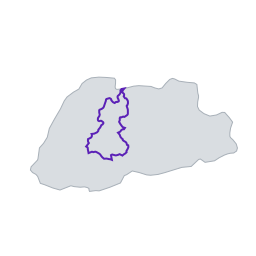 Wangdi Phodrang on a map of Bhutan (Albers equal-area conic projection), rotated 349°
{"feature_id": "BTN-2487", "entity_name": "Wangdi Phodrang", "entity_type": "District", "adm_level": 1, "iso_a3": "BTN", "parent_name": "Bhutan", "parent_adm1": "", "projection": "albers", "projection_center": [90.204, 27.588], "detail": "fine", "context": "in_parent", "style": "outline", "palette": "violet", "viewbox_px": 256, "rotation_deg": 349, "n_neighbors": 0, "source": "natural_earth", "source_scale": "10m", "svg_char_len": 4186}
<svg xmlns="http://www.w3.org/2000/svg" viewBox="0 0 256 256"><g transform="rotate(349 128 128)"><path d="M203.4,109.8L203.1,111.4L201.4,115.6L200.3,120.2L201.3,124.0L205.3,128.4L210.6,131.9L217.3,132.1L223.4,130.6L225.9,131.2L229.4,137.1L231.8,142.2L228.7,147.6L227.0,152.3L226.4,155.6L226.8,157.0L228.8,159.7L231.2,164.3L231.6,168.5L230.2,171.3L227.0,172.7L223.6,172.3L220.8,172.4L217.3,173.0L211.8,174.6L206.7,176.7L197.1,176.4L193.2,172.3L191.4,172.3L182.7,177.8L173.2,176.9L155.8,178.8L148.6,179.3L141.2,178.7L137.4,177.6L130.4,173.8L124.0,171.0L117.6,173.6L115.3,174.0L110.1,180.5L98.9,182.7L87.7,184.2L84.4,183.3L78.1,182.9L77.9,181.4L78.1,179.9L76.7,178.7L74.1,177.5L69.7,177.0L64.1,175.3L60.9,173.8L49.4,175.9L42.7,172.5L35.2,167.7L31.4,165.6L30.1,158.3L28.8,156.0L25.8,153.5L24.2,150.6L25.5,147.6L33.1,142.2L33.8,140.9L37.3,130.6L42.2,126.9L47.0,121.7L50.7,113.4L57.7,105.0L65.4,96.3L70.6,89.2L74.1,85.9L81.3,82.4L87.2,80.4L91.4,75.6L96.4,73.0L101.5,71.8L109.1,72.5L116.2,74.2L124.1,76.5L125.0,78.4L124.3,81.8L123.2,85.2L123.2,87.0L124.4,88.0L132.0,88.6L141.4,88.0L146.7,88.5L158.5,91.6L162.0,93.8L165.6,95.5L169.1,95.2L173.5,91.5L178.2,88.3L181.1,87.8L183.2,88.8L186.9,91.7L194.7,94.4L201.7,96.4L203.9,98.4L203.2,107.0L203.4,109.8Z" fill="#d9dde1" stroke="#a8b0b8" stroke-width="1"/><path d="M111.4,152.6L110.5,152.5L107.4,151.0L106.1,151.4L106.1,156.2L104.5,155.2L103.6,155.0L101.1,153.9L98.6,153.6L97.1,151.7L96.3,150.2L96.0,149.4L95.8,149.0L95.4,148.3L94.8,147.6L93.5,146.5L92.7,145.8L91.8,145.2L91.3,145.0L89.4,145.1L88.1,144.4L84.5,145.1L84.5,140.9L84.7,140.1L84.6,139.4L84.5,139.2L84.3,139.1L83.9,138.7L83.4,138.2L86.7,135.3L86.2,133.9L86.3,132.5L86.6,131.3L89.8,130.4L90.8,129.5L91.1,128.6L91.2,127.9L91.2,127.5L91.1,126.9L93.7,127.1L93.8,127.1L96.9,126.3L98.3,125.1L98.6,124.0L100.8,122.2L102.4,120.1L103.8,119.6L104.7,118.7L104.8,118.3L104.8,117.8L104.6,117.4L104.1,116.9L103.6,116.3L103.2,115.9L102.7,115.7L102.3,115.7L101.5,115.8L101.0,115.8L100.6,115.5L100.1,115.0L100.0,114.3L100.1,113.5L100.3,113.0L100.4,112.6L100.6,112.3L101.6,111.3L102.2,110.7L102.8,109.5L102.7,107.4L103.1,105.2L103.3,104.9L103.5,104.7L103.8,104.7L104.1,104.6L104.4,104.5L105.7,104.3L106.3,104.0L107.6,103.4L108.1,102.8L108.5,102.3L108.8,101.7L111.4,97.2L111.8,96.0L112.1,95.7L112.4,95.4L112.7,95.4L114.7,95.2L115.7,95.2L116.7,96.1L116.9,96.5L117.0,96.8L116.9,97.0L116.9,97.4L117.0,97.8L118.2,99.8L119.1,100.5L119.6,100.9L120.0,100.8L120.3,100.6L120.7,100.3L121.0,100.2L121.4,100.1L122.3,100.4L122.6,100.4L123.0,100.3L123.7,100.2L124.0,100.0L124.2,99.6L124.2,99.2L124.1,98.8L124.1,98.1L124.0,97.8L123.9,97.4L123.7,97.1L123.7,96.8L123.7,96.3L123.6,95.9L123.7,95.3L124.1,94.6L126.0,93.5L126.6,92.9L127.3,91.9L127.6,91.0L127.8,89.6L128.7,88.9L129.1,88.5L131.9,88.5L130.0,90.1L129.1,91.8L130.4,93.5L130.6,94.0L130.6,94.5L130.4,95.2L130.2,95.5L130.1,95.8L129.9,95.9L129.8,96.1L129.9,96.4L130.1,96.6L130.2,97.0L130.4,97.5L130.6,97.9L130.7,98.2L130.9,98.3L131.6,98.5L131.8,98.6L132.0,98.7L132.2,99.0L132.3,99.3L132.4,99.8L132.5,100.1L132.7,100.3L132.8,100.6L132.9,101.0L133.0,101.7L132.7,103.7L132.0,105.0L131.6,105.6L131.3,105.8L131.1,105.8L130.9,106.1L130.9,106.4L131.3,109.2L131.3,110.2L130.7,113.4L130.5,114.2L130.2,114.7L129.5,115.2L126.7,116.4L126.4,116.4L126.1,116.3L125.5,115.9L125.1,115.9L124.8,116.0L124.4,116.1L123.8,116.2L123.5,116.3L123.3,116.2L123.0,116.2L122.8,116.1L122.6,116.0L122.4,116.0L122.2,116.2L121.9,116.5L121.8,116.8L121.6,117.3L121.5,118.5L121.3,119.0L120.5,120.1L120.5,120.5L120.6,120.9L120.9,121.5L121.0,121.8L121.1,122.1L121.1,122.3L121.4,122.9L121.5,123.2L122.6,125.5L123.2,126.3L125.0,127.3L124.4,127.9L124.1,128.1L123.9,128.4L123.7,128.5L123.2,128.3L122.8,128.3L122.4,128.3L121.5,128.6L121.0,128.8L119.9,129.9L119.6,130.1L117.3,130.7L118.4,132.6L118.6,133.2L118.9,135.3L119.9,137.1L120.7,138.0L120.7,138.3L120.7,138.6L120.6,138.8L120.7,139.1L121.0,139.5L122.9,141.2L123.3,141.7L123.6,142.4L123.8,144.4L124.9,145.0L124.9,145.9L124.6,147.1L123.4,148.8L122.6,149.7L122.0,150.4L122.0,151.5L120.4,152.5L119.0,153.0L117.2,154.0L116.6,153.4L115.9,153.0L115.0,152.2L114.8,152.1L114.5,152.1L113.6,152.4L111.4,152.6Z" fill="none" stroke="#5b21b6" stroke-width="2"/></g></svg>